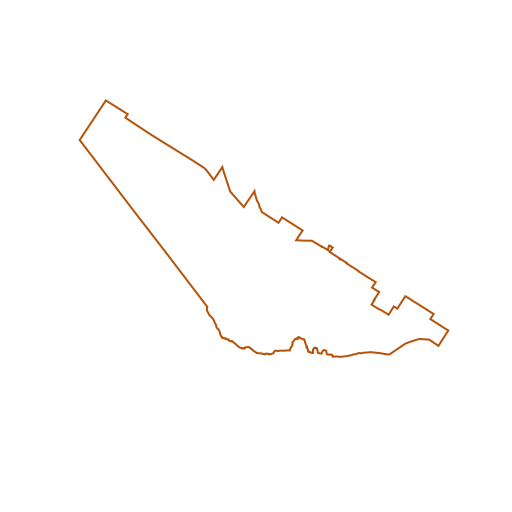 Marcos Juárez, Córdoba, Argentina (Natural Earth projection), rotated 111°
{"feature_id": "61730980B3825468035519", "entity_name": "Marcos Juárez", "entity_type": "district", "adm_level": 2, "iso_a3": "ARG", "parent_name": "Argentina", "parent_adm1": "Córdoba", "projection": "natural_earth1", "projection_center": [-62.056, -32.995], "detail": "fine", "context": "isolated", "style": "outline", "palette": "amber", "viewbox_px": 512, "rotation_deg": 111, "n_neighbors": 0, "source": "geoboundaries", "source_scale": "gbopen_adm2", "svg_char_len": 5885}
<svg xmlns="http://www.w3.org/2000/svg" viewBox="0 0 512 512"><g transform="rotate(111 256 256)"><path d="M256.6,49.8L256.0,53.2L252.4,70.6L246.5,69.4L240.7,98.4L240.1,102.2L248.2,103.9L254.5,105.2L253.7,109.2L260.5,110.6L263.3,111.1L261.7,119.7L261.6,122.4L260.0,130.7L254.9,129.7L254.9,130.1L245.5,128.1L243.9,136.4L237.5,134.9L235.9,143.6L233.6,154.8L233.2,155.0L230.5,168.7L230.0,168.6L228.5,176.1L229.1,176.3L229.1,176.6L228.4,176.4L225.9,188.6L220.6,187.4L220.6,188.2L220.7,188.5L220.2,189.1L220.0,189.8L220.0,190.3L219.8,190.9L219.9,191.3L220.2,191.5L220.6,191.6L221.8,191.3L222.3,191.4L222.7,191.3L223.2,191.3L223.6,191.2L224.2,191.1L224.6,190.7L224.8,190.6L223.5,197.9L223.8,197.9L221.7,209.3L224.6,217.1L226.9,224.1L224.7,223.7L215.4,221.7L214.5,226.5L213.3,232.1L212.5,236.3L210.6,245.6L212.2,245.8L216.9,246.9L216.7,248.1L215.4,254.0L214.2,260.1L212.8,266.6L212.1,266.9L211.5,267.4L211.4,267.6L210.4,268.5L209.4,269.8L208.6,270.6L207.8,271.1L207.1,271.3L206.8,271.5L206.4,272.2L205.4,273.0L205.0,273.7L204.6,274.1L204.1,274.7L203.2,275.6L202.2,276.3L201.9,276.6L201.7,276.6L201.5,276.9L200.4,277.6L200.1,277.9L199.7,278.2L199.5,278.5L199.0,278.8L198.3,279.5L197.2,280.0L196.1,280.6L209.5,283.8L214.6,284.9L211.1,291.7L205.3,302.7L205.1,303.1L197.6,309.3L187.6,317.4L185.0,319.3L193.8,321.3L200.1,322.7L194.0,332.5L193.2,333.9L192.6,335.1L192.0,337.6L189.4,350.0L182.5,386.4L182.4,386.6L181.4,392.0L179.9,399.7L173.7,427.5L169.6,426.6L164.6,451.9L189.0,457.3L210.9,462.2L258.6,384.8L284.9,341.6L320.9,283.3L322.5,282.9L322.9,282.9L323.7,282.7L325.1,281.6L325.8,280.6L326.5,280.0L327.3,279.0L327.6,278.7L327.9,278.3L328.8,276.4L329.0,275.7L329.4,274.7L330.2,273.5L331.3,272.1L333.1,270.6L333.5,270.0L334.6,268.8L335.1,268.4L335.5,268.2L336.8,267.2L337.2,266.7L337.7,265.8L337.9,265.0L338.2,264.2L340.2,262.5L340.5,262.1L341.7,261.6L342.4,260.7L342.6,260.6L342.8,260.5L343.2,260.2L343.3,259.5L343.6,258.9L343.9,258.6L344.3,258.6L344.6,258.1L344.5,257.4L344.1,256.3L344.2,255.9L344.3,255.7L344.4,255.3L344.3,255.2L343.9,255.2L343.7,254.8L343.7,254.5L344.0,254.1L344.2,253.8L344.2,253.3L344.1,252.9L344.1,252.5L343.8,252.0L343.7,251.7L343.9,251.5L344.4,251.3L344.6,251.0L344.6,250.4L344.5,249.9L344.8,249.3L344.8,249.1L344.3,248.8L344.1,248.5L343.9,248.1L344.1,247.7L344.4,247.4L344.5,246.5L344.7,246.0L345.0,244.9L345.2,244.2L345.3,243.8L345.4,243.7L345.8,243.0L345.9,242.6L346.1,242.1L346.2,241.7L346.6,240.9L346.9,239.6L347.2,238.9L347.3,238.1L347.2,237.6L347.2,237.2L347.1,236.8L347.2,236.4L347.2,235.9L347.4,235.8L347.3,235.5L346.9,235.2L346.3,234.6L346.2,234.0L346.4,233.5L346.1,233.4L345.8,233.6L345.7,233.5L345.3,233.3L345.3,233.2L344.9,232.9L344.8,232.6L344.3,231.7L344.0,230.9L343.8,230.6L343.6,229.5L344.2,227.9L344.4,227.4L344.4,226.9L344.7,226.5L344.9,225.8L345.2,225.1L345.2,224.7L345.4,224.2L345.9,222.5L345.9,221.7L346.3,220.5L346.2,220.0L346.0,219.7L346.0,219.0L345.7,218.1L345.4,217.0L345.1,216.6L345.0,216.3L344.9,215.2L345.0,214.5L345.0,214.3L344.8,214.1L344.8,213.9L344.7,213.4L344.8,213.1L344.9,212.8L344.8,212.4L344.6,212.3L344.1,212.4L343.8,212.2L343.5,211.4L343.2,210.6L343.2,210.3L343.3,210.0L343.2,209.7L342.8,209.4L342.7,208.8L343.1,208.2L342.1,206.8L341.7,206.4L340.7,205.1L340.5,204.9L340.4,204.8L340.0,204.9L338.2,204.6L337.8,204.3L337.4,203.9L337.1,203.2L337.0,202.6L337.1,201.9L336.8,201.4L336.6,200.9L336.2,200.5L335.3,198.7L334.7,196.4L333.7,194.8L333.0,193.0L332.7,192.3L332.3,191.6L332.1,190.6L331.5,190.7L331.3,190.8L330.2,190.8L328.5,190.6L327.4,190.2L326.9,190.1L326.4,190.2L326.0,190.2L325.4,190.3L325.0,190.3L324.3,190.5L324.1,190.9L323.9,190.9L323.7,191.0L323.2,191.0L322.1,190.4L321.6,190.1L320.6,190.1L320.1,190.0L319.8,189.7L319.7,189.8L319.3,189.7L319.0,189.3L318.8,188.8L318.9,188.6L318.5,188.3L318.5,187.5L318.3,187.5L318.2,187.5L317.9,187.6L317.9,187.3L317.7,187.3L317.6,187.2L317.3,187.2L316.7,187.4L316.5,187.2L316.4,187.1L316.5,186.9L316.4,186.7L316.5,186.6L316.6,186.1L316.7,185.9L316.6,185.7L316.8,184.9L316.8,184.7L316.8,184.0L316.8,183.6L317.0,183.0L316.8,181.7L316.5,181.5L316.5,181.3L316.6,181.1L317.0,181.0L317.2,180.6L317.4,180.3L317.9,180.1L318.1,179.8L318.2,179.6L318.7,179.5L319.2,179.0L319.4,178.9L320.4,178.2L321.6,177.0L321.7,176.7L322.0,176.4L322.5,176.4L322.3,176.0L322.4,175.9L322.6,175.9L322.8,175.6L323.3,175.7L323.8,175.0L324.2,174.6L324.4,174.3L324.7,174.3L324.8,174.1L325.2,173.9L325.4,173.7L325.6,173.2L326.0,173.1L326.3,173.3L326.5,173.1L326.4,172.8L326.4,172.6L326.5,172.5L326.6,172.4L326.4,172.1L326.5,171.4L326.4,171.2L326.3,170.5L326.3,170.2L326.5,169.9L326.3,169.7L326.3,169.4L326.4,169.1L326.2,168.8L326.2,168.6L326.3,168.4L326.1,168.0L325.8,168.0L325.6,168.1L325.4,168.4L325.0,168.3L324.7,168.4L324.2,168.7L323.8,169.0L323.3,169.2L322.4,169.1L322.0,169.0L321.7,169.0L321.4,168.8L320.9,168.8L320.8,168.7L320.8,168.4L321.0,168.1L320.4,167.6L320.2,167.0L320.4,166.9L320.2,166.7L320.3,166.1L320.7,165.9L321.7,165.1L321.8,164.9L322.1,164.6L322.7,164.4L323.0,164.3L323.7,163.8L324.2,163.6L324.3,163.3L324.1,162.5L324.1,162.2L324.0,161.7L324.0,161.3L323.7,160.7L323.8,159.9L323.6,159.8L322.3,159.9L320.5,159.7L320.4,159.6L320.2,159.4L320.0,159.1L319.7,159.0L319.5,158.9L319.3,158.2L319.3,157.2L319.3,156.7L319.4,156.4L321.8,155.1L321.9,154.9L322.0,154.7L322.4,154.4L322.4,154.2L322.0,153.2L322.0,152.7L321.8,152.3L321.8,151.9L321.4,151.5L321.3,151.3L321.3,150.5L321.1,150.2L321.1,149.9L321.0,149.5L321.3,149.1L321.5,149.1L321.7,148.7L322.1,148.6L322.2,148.4L322.4,148.4L322.3,147.8L322.1,147.1L321.0,145.0L319.7,140.6L316.4,134.4L316.1,133.9L315.8,133.7L315.2,132.8L314.4,131.3L313.0,129.9L311.8,127.6L311.1,126.9L309.6,125.0L309.4,123.7L309.3,123.3L307.8,121.0L305.5,116.0L304.9,115.2L304.7,114.5L302.4,106.1L300.7,97.7L300.3,96.9L300.0,96.3L299.5,95.8L298.4,95.0L284.1,85.0L280.6,81.0L275.5,74.6L274.9,73.7L272.0,64.4L274.5,53.5L256.6,49.8Z" fill="none" stroke="#b45309" stroke-width="2"/></g></svg>